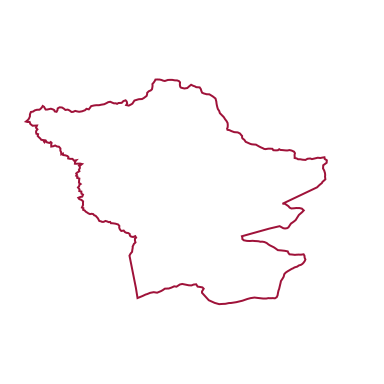 Água Fria de Goiás, Goiás, Brazil (Equal Earth projection), rotated 73°
{"feature_id": "56859067B46461362278919", "entity_name": "Água Fria de Goiás", "entity_type": "district", "adm_level": 2, "iso_a3": "BRA", "parent_name": "Brazil", "parent_adm1": "Goiás", "projection": "equal_earth", "projection_center": [-47.827, -14.895], "detail": "fine", "context": "isolated", "style": "outline", "palette": "rose", "viewbox_px": 384, "rotation_deg": 73, "n_neighbors": 0, "source": "geoboundaries", "source_scale": "gbopen_adm2", "svg_char_len": 5546}
<svg xmlns="http://www.w3.org/2000/svg" viewBox="0 0 384 384"><g transform="rotate(73 192 192)"><path d="M315.8,150.1L316.6,147.8L317.1,145.8L317.9,143.8L317.4,141.8L315.9,140.4L313.5,139.2L311.4,138.0L310.3,137.1L306.2,134.7L304.7,133.8L303.2,133.0L301.2,130.6L299.8,129.1L297.6,127.8L296.5,126.0L295.8,123.8L295.4,122.1L294.7,119.3L294.5,117.5L294.1,116.1L294.1,113.0L293.5,111.5L293.5,109.1L293.1,107.6L292.3,106.1L291.1,104.5L289.7,103.3L287.8,103.5L285.8,103.1L284.2,103.5L283.8,106.1L283.0,108.5L282.6,110.1L282.2,112.0L281.0,114.7L280.1,117.0L278.6,117.6L276.8,117.8L275.4,120.4L274.1,123.4L272.7,126.9L270.3,128.7L268.7,130.0L267.4,131.4L265.7,133.2L264.4,134.3L262.6,135.5L261.0,137.4L260.0,139.4L259.6,141.1L258.6,142.7L257.7,145.0L257.2,146.4L256.4,148.3L255.8,151.0L254.8,153.8L253.3,156.6L251.7,157.6L250.3,157.2L248.9,157.2L249.6,129.0L250.3,118.2L251.5,117.0L253.3,115.3L254.1,113.7L254.4,111.6L254.0,110.1L252.5,108.3L251.1,106.6L250.6,104.9L249.9,102.9L249.1,101.0L248.2,100.0L245.2,96.5L243.5,92.6L242.3,90.5L240.0,91.8L238.8,93.9L237.8,97.0L237.4,99.2L236.8,101.8L235.5,103.2L233.8,103.9L230.4,106.6L229.7,108.9L224.1,71.0L222.9,68.7L222.0,66.7L221.5,65.3L220.5,64.3L218.9,60.8L217.4,60.5L216.2,60.3L214.8,59.7L212.8,59.3L210.1,59.3L207.8,59.8L206.2,59.2L204.8,58.7L203.4,54.7L201.1,53.8L199.2,55.4L197.5,55.2L197.2,57.4L197.0,59.4L196.0,61.7L195.8,65.0L195.6,67.7L194.5,69.2L194.0,71.8L194.5,74.1L193.5,76.7L192.4,78.8L191.7,81.0L190.5,82.1L189.5,83.9L188.3,83.5L186.5,83.1L185.0,82.2L183.3,82.6L181.5,84.6L180.4,86.5L180.2,88.6L179.5,90.6L178.5,92.9L177.6,95.2L176.6,96.1L177.2,97.7L176.6,99.9L175.8,102.0L174.2,102.5L173.4,104.6L172.8,106.7L172.5,109.1L171.9,110.4L170.7,111.6L169.7,112.8L168.2,114.4L166.6,115.9L165.4,117.0L164.6,119.1L163.9,120.8L163.1,122.1L161.0,124.5L159.7,126.0L157.4,126.7L155.4,128.1L154.2,128.1L153.0,127.7L151.9,128.3L150.1,129.0L148.4,130.8L147.1,134.1L145.2,136.6L143.8,138.1L142.9,139.9L141.6,139.9L140.6,139.0L138.4,138.2L136.4,137.8L134.4,138.2L132.0,139.1L129.7,139.7L124.7,142.3L122.5,142.3L120.2,143.0L118.6,143.0L116.7,142.9L114.8,142.7L112.5,142.3L109.5,142.2L107.9,143.3L106.5,144.3L105.5,145.2L103.7,146.8L102.8,149.4L101.2,151.9L100.0,153.3L98.2,153.5L96.1,153.5L94.2,154.1L93.0,157.3L91.8,158.4L90.8,159.8L89.2,161.5L89.9,163.3L91.2,166.1L90.8,169.0L89.8,170.7L89.0,172.0L87.9,172.5L86.0,172.3L83.6,171.4L82.1,172.1L81.0,173.5L80.2,175.8L79.0,178.1L78.4,180.0L77.8,182.3L77.9,185.5L77.1,187.0L75.9,188.5L74.9,190.3L74.2,192.5L73.8,194.1L75.0,195.2L76.2,196.7L77.2,198.3L79.0,198.7L81.1,199.7L82.1,200.3L82.8,201.8L83.0,203.8L84.0,205.8L85.7,206.5L86.9,207.4L87.4,208.8L88.1,210.8L88.5,212.7L88.0,214.5L87.7,216.0L87.7,220.3L90.1,223.2L90.5,224.9L90.9,227.2L89.6,229.5L88.3,228.1L86.4,228.0L84.9,228.7L85.0,231.0L86.2,233.2L85.4,236.3L85.8,237.9L84.9,238.9L84.4,240.7L83.3,242.1L81.8,243.8L81.6,245.9L82.0,247.7L82.4,250.3L82.0,253.1L81.8,255.6L81.0,258.1L80.6,260.4L80.4,263.3L82.8,266.5L81.6,268.6L82.5,270.3L82.7,273.5L82.3,276.5L81.4,278.2L80.3,280.0L80.6,282.3L80.2,283.9L79.1,284.6L78.0,285.5L76.9,286.7L76.5,289.1L74.8,290.2L73.2,291.6L72.3,293.9L72.8,296.0L74.5,296.8L75.7,298.1L74.8,299.7L73.4,299.8L72.3,300.9L71.1,302.6L70.8,306.3L70.3,307.9L69.1,308.2L67.3,308.6L66.1,309.6L67.1,310.7L68.1,312.3L68.7,313.7L68.0,316.4L68.0,318.6L68.6,320.3L68.4,322.7L70.4,324.3L72.3,324.9L74.2,326.5L75.1,327.8L76.1,330.2L77.0,328.8L77.5,326.8L79.7,326.7L82.0,325.1L82.6,322.8L83.1,320.8L84.9,322.4L86.9,321.5L87.8,322.9L89.0,323.6L90.8,323.8L91.7,322.3L93.3,323.2L94.9,322.4L96.4,321.5L98.0,320.9L99.2,318.3L100.3,318.9L101.4,318.5L100.2,316.8L102.1,316.2L103.4,314.0L102.9,312.5L104.0,311.9L105.5,312.8L107.4,313.3L107.7,311.1L107.5,309.3L109.0,307.8L109.8,306.0L111.9,305.1L114.0,305.8L115.4,305.5L117.8,306.0L117.5,304.2L119.0,304.4L119.9,302.4L121.2,300.6L122.4,300.0L123.7,300.6L124.6,299.0L125.4,296.6L127.5,295.7L127.8,293.4L128.8,295.0L130.7,295.7L131.3,293.8L132.1,290.7L133.1,289.0L133.7,290.5L133.8,292.3L135.1,291.9L136.4,292.3L137.8,293.7L139.2,293.6L139.8,296.0L140.4,297.3L141.7,297.0L142.6,298.0L143.6,297.0L144.9,297.7L146.2,295.8L148.2,296.7L150.1,297.4L151.8,296.2L152.3,297.7L153.5,298.3L154.3,299.7L156.6,298.8L158.2,299.5L159.2,297.7L161.2,298.2L162.7,297.0L164.3,298.3L164.1,300.4L164.3,302.4L165.8,301.9L167.3,300.0L169.1,298.9L171.0,299.6L172.6,300.0L174.7,301.8L175.7,300.6L177.2,301.3L178.3,300.0L179.7,299.4L180.7,298.5L182.2,297.3L183.3,296.0L183.5,294.3L184.3,292.9L185.6,292.4L186.6,291.1L187.9,290.5L189.6,289.7L191.2,289.4L192.6,289.1L193.4,287.7L194.3,286.7L194.7,285.2L194.4,283.2L195.4,281.7L196.4,280.6L196.7,279.0L198.1,278.7L198.8,276.8L199.9,274.5L201.4,272.2L203.2,271.4L204.7,272.0L206.0,272.0L207.2,271.7L208.6,271.0L208.9,268.6L210.8,267.8L211.9,266.6L212.5,265.1L213.9,263.9L215.6,264.1L216.8,263.3L217.8,261.5L217.6,259.2L219.3,258.8L219.9,260.2L221.9,260.8L223.7,260.8L224.7,262.8L225.8,263.7L226.8,264.7L228.0,265.0L229.9,266.0L231.7,266.8L233.0,268.8L234.6,270.4L267.4,273.7L277.5,275.1L277.0,269.7L276.5,266.4L276.5,264.6L276.2,261.5L276.6,257.9L278.1,254.8L277.7,250.6L277.3,248.7L276.5,246.2L277.5,242.4L277.4,239.6L277.0,236.6L278.0,234.5L276.9,230.6L277.1,228.2L280.3,222.3L281.2,219.8L281.0,217.5L281.5,215.0L284.1,214.3L285.5,211.4L286.3,209.9L287.9,209.1L290.0,211.5L291.3,211.9L300.4,207.6L304.7,202.7L307.2,198.8L307.9,195.8L308.7,192.7L309.0,189.1L309.5,187.4L310.3,181.9L310.7,175.5L310.5,170.4L310.6,167.2L311.2,163.1L312.5,160.2L314.6,155.3L315.6,152.0L315.8,150.1Z" fill="none" stroke="#9f1239" stroke-width="2"/></g></svg>